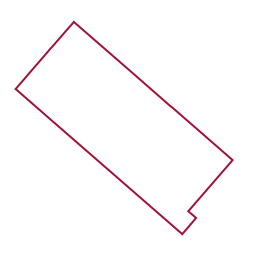 Divide, North Dakota, United States of America, rotated 41°
{"feature_id": "52423323B7908254608729", "entity_name": "Divide", "entity_type": "district", "adm_level": 2, "iso_a3": "USA", "parent_name": "United States of America", "parent_adm1": "North Dakota", "projection": "equal_earth", "projection_center": [-103.804, 48.816], "detail": "fine", "context": "isolated", "style": "outline", "palette": "rose", "viewbox_px": 256, "rotation_deg": 41, "n_neighbors": 0, "source": "geoboundaries", "source_scale": "gbopen_adm2", "svg_char_len": 703}
<svg xmlns="http://www.w3.org/2000/svg" viewBox="0 0 256 256"><g transform="rotate(41 128 128)"><path d="M228.0,83.6L227.8,83.6L148.8,83.5L145.0,83.7L121.6,83.6L94.4,83.5L63.4,83.5L54.8,83.5L32.6,83.5L30.4,83.5L22.9,83.5L17.5,83.5L17.6,86.5L17.5,91.4L17.6,92.2L17.5,93.3L17.5,93.8L17.5,95.1L17.5,95.6L17.5,97.1L17.5,97.9L17.5,99.5L17.5,104.7L17.5,106.0L17.5,107.0L17.5,112.5L17.5,113.5L17.5,113.9L17.5,115.5L17.5,116.0L17.4,120.4L17.5,132.6L17.5,134.7L17.5,140.3L17.5,143.7L17.5,144.8L17.6,164.9L17.6,165.2L17.6,166.2L17.6,166.6L17.6,168.4L17.6,168.7L17.6,172.3L64.9,172.4L234.4,172.5L236.8,172.4L238.6,172.5L238.4,151.2L228.1,151.3L228.0,83.6Z" fill="none" stroke="#9f1239" stroke-width="2"/></g></svg>